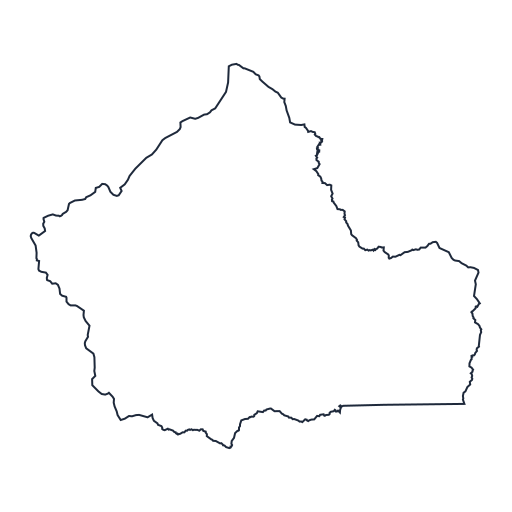 Gualaquiza, Morona Santiago, Ecuador
{"feature_id": "8360857B90160317571497", "entity_name": "Gualaquiza", "entity_type": "district", "adm_level": 2, "iso_a3": "ECU", "parent_name": "Ecuador", "parent_adm1": "Morona Santiago", "projection": "albers", "projection_center": [-78.568, -3.327], "detail": "fine", "context": "isolated", "style": "outline", "palette": "slate", "viewbox_px": 512, "rotation_deg": 0, "n_neighbors": 0, "source": "geoboundaries", "source_scale": "gbopen_adm2", "svg_char_len": 6024}
<svg xmlns="http://www.w3.org/2000/svg" viewBox="0 0 512 512"><path d="M464.4,403.9L462.9,399.5L463.3,398.5L462.9,396.0L463.6,392.7L465.4,391.4L467.4,387.0L470.2,384.5L469.8,381.8L472.0,379.9L472.3,378.7L471.6,377.5L472.2,375.9L471.7,374.1L470.8,373.3L472.5,371.7L472.6,370.4L473.1,369.7L471.5,367.6L469.4,366.4L469.5,363.3L470.9,359.9L471.6,359.3L471.6,357.2L472.1,356.9L471.5,356.0L472.4,355.4L473.9,355.4L474.8,354.5L475.3,352.9L477.0,350.9L476.6,349.9L476.9,348.3L479.0,346.6L478.8,346.0L480.0,334.8L481.2,332.2L480.8,330.1L481.3,329.3L479.9,327.5L479.6,326.1L478.1,324.2L475.0,322.4L475.3,320.0L473.4,318.3L473.6,317.5L472.7,316.0L472.4,313.4L471.4,312.3L471.6,311.7L472.6,311.2L475.6,308.3L475.7,306.6L476.2,306.3L477.3,306.8L478.8,304.0L479.8,303.4L476.9,299.1L474.0,296.0L475.8,284.3L475.0,280.6L478.5,272.6L478.0,270.0L473.9,267.9L470.3,267.2L468.2,267.4L466.3,265.6L461.6,263.2L459.1,261.1L455.0,260.5L453.5,259.8L451.7,258.0L448.8,252.2L439.5,248.0L437.1,242.9L435.8,241.8L432.7,242.2L430.5,243.7L429.0,243.8L427.4,246.0L425.5,247.6L420.7,247.6L419.2,249.5L417.4,249.8L415.9,249.3L413.3,250.1L412.3,249.6L411.8,250.2L407.8,251.9L404.6,252.2L400.4,255.2L399.5,254.8L395.5,256.7L392.8,256.6L391.1,258.0L389.3,258.6L388.7,257.8L388.8,255.6L388.3,254.5L384.7,252.1L383.5,250.6L383.8,247.4L381.5,247.5L380.9,247.0L378.6,246.7L377.2,248.6L375.6,249.2L375.3,250.1L374.7,250.1L374.4,249.4L373.5,250.5L373.0,249.6L370.8,250.4L369.6,250.1L368.6,250.6L367.3,249.6L365.3,250.2L363.8,248.6L362.5,248.6L359.4,246.6L358.6,245.4L358.2,242.3L356.7,240.6L357.0,239.9L356.0,238.2L352.0,235.2L351.2,234.1L350.9,230.5L347.9,225.5L347.6,224.1L346.2,222.5L346.2,221.2L344.5,219.3L345.0,217.6L343.8,217.0L345.0,215.2L344.5,213.8L344.7,211.4L342.7,209.9L340.7,209.9L340.0,209.3L337.5,209.1L336.3,206.0L333.7,202.6L333.4,201.5L332.1,201.2L331.9,199.6L332.5,198.6L331.2,196.2L332.6,193.6L331.1,189.8L331.3,185.4L329.8,184.7L327.1,185.1L324.9,183.1L322.4,183.0L322.5,181.6L321.5,180.6L321.2,178.5L320.3,176.6L318.2,175.2L318.3,174.1L316.3,171.1L313.8,169.2L317.3,168.1L319.6,164.1L318.7,162.8L318.7,161.7L316.5,160.1L316.4,158.6L317.2,157.6L315.9,155.8L316.8,155.3L317.2,152.6L317.7,153.6L318.3,152.3L319.2,151.7L318.9,151.0L319.1,150.6L318.6,150.5L318.9,150.1L317.0,149.1L316.9,148.3L317.9,147.8L317.3,146.9L319.0,144.3L319.6,144.8L320.3,144.7L319.9,142.7L320.7,142.8L320.9,142.2L321.7,142.0L322.1,141.2L321.4,140.4L322.1,139.9L322.3,139.0L320.4,138.8L319.3,137.1L318.4,137.2L317.7,136.5L316.2,136.1L314.8,134.6L315.3,133.9L314.7,132.2L312.6,131.9L311.0,131.1L308.2,131.9L308.0,130.8L305.9,127.8L304.7,127.0L304.4,124.4L301.2,125.0L295.0,124.6L290.1,122.4L289.3,117.9L286.6,110.4L285.8,106.0L284.3,102.1L284.6,98.7L283.2,98.6L281.3,97.6L277.8,92.7L275.4,91.6L272.5,89.2L268.5,86.9L262.5,81.7L259.8,79.1L259.4,76.5L258.6,75.4L255.7,74.3L253.3,71.8L244.6,68.3L243.4,68.3L239.0,65.0L237.6,64.7L236.5,63.9L231.9,64.7L228.8,66.3L228.1,82.5L226.0,91.9L215.2,108.4L211.5,110.3L210.0,112.3L207.1,114.2L204.1,114.6L198.1,117.9L195.2,118.8L190.2,117.5L182.5,121.1L180.4,122.5L180.6,127.1L179.8,129.1L177.0,131.9L165.3,138.0L162.4,140.2L156.3,149.6L151.9,154.5L146.3,157.8L135.4,168.6L129.6,175.9L127.9,179.8L124.7,184.4L120.2,187.8L121.6,191.0L118.7,195.3L116.8,195.9L113.4,194.8L110.4,191.8L108.4,187.1L107.2,185.6L105.2,184.2L102.2,183.9L99.2,186.9L95.8,187.9L95.2,191.9L90.5,195.3L86.2,197.2L85.2,199.0L82.1,199.8L74.9,200.5L69.9,203.0L69.0,203.9L67.6,210.2L66.2,211.8L62.7,213.9L62.0,215.1L60.7,216.0L59.7,216.3L58.8,215.7L56.1,215.6L52.8,214.4L48.2,215.7L43.6,217.9L43.5,219.0L44.3,221.8L43.2,223.7L43.3,225.9L44.7,228.4L45.1,231.0L38.8,235.6L34.2,232.9L33.1,232.7L32.1,233.2L31.1,234.5L30.7,236.1L31.3,238.1L35.6,245.5L36.6,252.8L36.4,258.2L36.9,259.1L36.8,260.4L39.1,261.0L38.4,269.1L39.0,270.6L41.3,271.8L45.9,272.6L47.6,274.9L46.8,277.9L47.0,279.9L47.4,280.2L50.2,281.2L52.2,283.7L55.7,283.3L57.9,284.8L59.5,288.6L60.1,293.9L62.1,295.7L66.1,296.8L66.5,297.8L66.5,301.6L68.6,304.2L70.6,305.4L75.4,305.4L77.0,306.0L83.9,310.7L83.5,315.0L83.8,317.3L85.6,321.0L89.5,325.7L87.7,335.0L88.0,336.8L85.3,341.3L84.8,343.1L85.0,345.3L86.2,348.3L93.4,353.6L94.4,357.2L94.7,367.7L94.3,371.0L95.3,375.9L92.1,379.1L92.3,385.2L98.4,391.4L101.7,394.0L105.2,394.6L107.9,393.6L108.9,392.8L112.6,396.7L114.0,398.9L113.7,402.7L114.6,406.4L116.7,411.4L117.6,415.1L120.7,420.0L124.8,418.7L129.0,416.0L132.0,416.3L136.0,415.1L139.1,414.9L147.6,417.3L152.1,414.6L152.6,418.0L153.9,420.8L157.5,423.4L158.0,424.8L161.4,426.1L162.2,427.5L162.2,429.0L163.3,429.8L164.7,430.2L167.8,428.7L168.6,429.6L169.4,429.3L173.0,430.6L174.4,432.1L175.7,432.3L176.0,433.3L177.6,434.3L177.8,433.7L178.7,434.2L180.4,433.7L182.6,432.3L184.4,432.3L185.7,430.7L187.1,430.7L187.8,429.9L189.3,429.4L190.0,429.9L191.5,429.3L192.9,430.2L193.7,429.8L197.5,429.9L199.3,430.7L200.8,429.3L202.6,429.3L203.3,430.9L205.7,431.6L205.7,432.6L206.9,434.2L206.8,436.1L211.3,439.4L212.4,439.8L213.1,440.8L215.8,441.0L220.1,443.4L221.4,443.2L223.1,444.9L223.1,445.3L224.5,445.5L226.1,447.1L229.3,448.1L230.4,447.7L230.5,446.6L231.3,446.6L230.9,447.3L232.1,445.0L231.4,443.8L231.7,441.0L234.0,437.9L235.1,433.1L237.5,430.8L238.5,430.7L239.0,430.1L239.0,427.5L240.0,426.1L240.0,424.3L241.3,420.4L245.0,419.0L248.0,418.8L249.6,417.1L250.5,417.2L251.3,416.6L253.5,416.7L254.2,416.1L254.3,414.8L256.8,413.2L257.7,411.3L262.9,412.1L264.2,410.5L265.7,410.5L266.5,409.5L270.2,408.5L270.9,408.5L274.5,411.2L279.6,411.1L281.9,413.7L283.3,414.3L284.2,415.3L288.3,416.5L288.9,417.6L291.3,417.7L292.7,419.2L294.1,419.0L298.2,420.5L299.6,421.6L301.2,421.5L302.3,422.1L305.2,419.3L306.7,419.7L306.8,420.3L308.2,421.1L309.1,420.4L311.3,419.6L314.2,419.4L317.1,415.9L319.3,416.2L320.1,414.8L323.6,414.3L324.2,415.6L324.8,415.8L326.0,415.0L328.8,414.8L329.7,413.9L329.6,412.9L330.7,411.8L333.8,411.2L334.8,409.8L335.5,410.3L335.9,411.5L337.0,411.5L338.0,410.6L339.9,412.5L340.1,409.9L340.9,407.6L339.3,406.2L340.3,405.4L341.8,406.5L343.2,405.8L384.2,404.8L464.4,403.9Z" fill="none" stroke="#1e293b" stroke-width="2"/></svg>